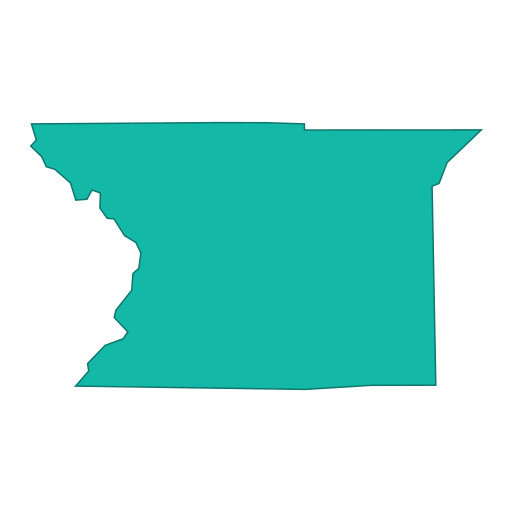 Piute, Utah, United States of America (Robinson projection)
{"feature_id": "52423323B20022014337475", "entity_name": "Piute", "entity_type": "district", "adm_level": 2, "iso_a3": "USA", "parent_name": "United States of America", "parent_adm1": "Utah", "projection": "robinson", "projection_center": [-112.292, 38.329], "detail": "fine", "context": "isolated", "style": "filled", "palette": "teal", "viewbox_px": 512, "rotation_deg": 0, "n_neighbors": 0, "source": "geoboundaries", "source_scale": "gbopen_adm2", "svg_char_len": 597}
<svg xmlns="http://www.w3.org/2000/svg" viewBox="0 0 512 512"><path d="M31.4,123.9L36.3,140.0L30.7,146.1L41.7,156.7L46.3,166.7L54.8,169.3L70.5,183.0L75.8,200.1L86.9,199.3L92.0,190.1L100.4,192.9L99.9,208.1L107.2,218.3L114.0,218.9L124.6,235.7L136.0,242.6L140.9,253.1L138.8,268.4L133.0,273.4L131.7,290.2L115.9,310.2L114.2,317.5L127.8,331.8L123.2,338.7L105.1,345.4L87.6,363.6L88.7,371.0L75.6,386.1L305.3,389.4L370.9,385.3L435.8,385.2L432.1,186.1L439.0,183.5L447.1,162.6L481.3,129.9L304.5,130.0L304.4,123.9L266.3,122.7L218.7,122.6L31.4,123.9Z" fill="#14b8a6" stroke="#0f766e" stroke-width="1.5"/></svg>